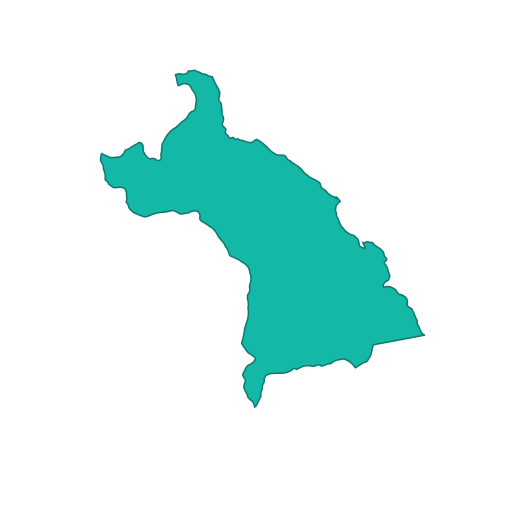 the district of Colón, Putumayo, Colombia, rotated 302°
{"feature_id": "7082276B98098551259160", "entity_name": "Colón", "entity_type": "district", "adm_level": 2, "iso_a3": "COL", "parent_name": "Colombia", "parent_adm1": "Putumayo", "projection": "mercator", "projection_center": [-76.958, 1.225], "detail": "fine", "context": "isolated", "style": "filled", "palette": "teal", "viewbox_px": 512, "rotation_deg": 302, "n_neighbors": 0, "source": "geoboundaries", "source_scale": "gbopen_adm2", "svg_char_len": 6115}
<svg xmlns="http://www.w3.org/2000/svg" viewBox="0 0 512 512"><g transform="rotate(302 256 256)"><path d="M127.2,335.0L128.8,335.5L139.7,334.5L140.4,334.0L140.9,333.6L142.5,332.6L143.1,332.4L145.3,332.1L149.8,330.1L150.8,329.9L153.4,329.7L154.4,329.2L156.6,327.8L158.5,327.9L159.9,327.7L160.4,327.9L161.6,328.9L163.0,329.8L165.0,331.8L166.3,334.1L168.1,336.4L170.6,340.6L173.1,343.4L176.8,346.2L178.8,347.0L179.3,347.0L180.7,347.8L181.1,348.4L181.3,349.2L181.3,350.4L181.7,350.9L183.6,351.8L186.3,353.6L188.3,355.2L189.7,356.8L191.5,359.9L192.5,362.6L193.1,363.5L195.2,365.1L197.0,367.0L197.4,368.3L197.3,369.7L197.8,370.6L198.9,371.3L202.2,373.9L204.2,376.2L205.8,377.0L206.8,377.3L208.8,378.4L210.3,379.5L214.7,384.3L215.5,385.8L215.8,387.7L216.0,391.5L215.4,395.0L215.3,396.1L214.2,398.4L213.9,399.6L222.5,403.6L222.8,403.8L223.7,404.8L225.5,406.0L230.0,406.0L233.3,405.8L240.7,403.1L243.0,402.7L278.5,441.2L278.1,440.1L278.5,437.2L279.4,435.6L282.7,431.1L284.4,427.4L285.6,427.7L287.0,426.4L288.0,424.6L292.0,419.0L292.8,417.5L293.8,416.0L293.7,411.8L294.4,410.1L295.8,409.6L297.1,409.0L298.9,407.3L299.7,406.3L300.3,404.6L300.4,401.9L300.3,400.4L300.1,399.3L299.5,398.0L299.4,396.9L300.1,394.9L301.1,393.1L301.4,390.9L301.3,388.2L300.9,385.7L299.6,383.3L297.1,380.9L298.8,379.2L301.2,379.2L302.9,379.4L303.5,379.7L304.6,380.7L305.5,381.0L308.4,380.7L309.7,380.1L311.0,378.9L313.1,376.3L316.0,373.2L316.7,371.8L317.6,369.3L317.9,368.8L318.3,368.3L318.8,368.1L319.4,368.2L320.9,368.8L321.6,368.9L322.1,368.8L322.6,368.5L323.1,367.8L323.8,365.5L324.1,364.8L326.4,362.5L327.1,361.2L328.0,357.4L328.1,350.6L328.2,349.9L329.1,348.2L329.1,347.3L328.0,345.6L327.3,343.4L326.5,342.2L324.2,340.8L324.0,339.5L322.0,342.4L321.6,343.3L320.8,344.3L320.3,344.6L319.9,343.6L319.2,340.1L319.2,339.2L320.1,337.5L321.5,336.6L323.3,334.8L324.4,332.9L325.3,328.2L324.7,325.9L324.4,324.9L324.2,323.8L324.4,320.0L324.6,318.7L325.3,316.2L326.1,313.8L326.3,312.7L328.1,309.8L331.2,305.6L331.7,304.3L332.3,303.4L335.2,301.2L336.6,299.3L337.2,298.9L337.8,298.8L338.9,298.2L341.2,297.3L341.7,297.3L344.9,297.6L346.8,298.6L347.6,296.9L348.0,295.7L348.5,294.2L348.5,292.8L347.4,293.4L347.6,292.7L347.4,290.5L347.0,288.5L347.0,286.5L347.4,283.0L348.2,281.2L348.5,277.0L348.5,275.3L349.7,274.0L350.4,272.9L351.3,272.2L351.9,270.9L351.9,265.3L351.6,263.5L351.3,259.0L351.7,257.5L351.8,254.1L354.0,247.2L354.1,246.0L354.3,244.0L354.4,236.3L354.9,234.9L354.6,233.1L354.7,231.4L355.3,230.4L355.6,229.4L356.3,228.5L356.2,226.1L355.5,225.3L354.9,223.8L353.8,222.1L353.2,221.1L352.7,219.5L352.7,218.2L352.7,213.8L354.5,206.1L355.2,201.8L355.5,196.7L355.2,194.8L354.4,194.2L353.1,193.5L351.8,193.2L350.5,192.6L349.6,191.8L348.1,188.7L347.8,187.0L347.1,184.9L346.9,183.6L346.5,182.3L345.7,181.2L345.9,179.4L345.8,178.8L345.5,178.2L344.8,177.5L343.9,176.4L343.9,175.5L344.5,174.3L344.5,173.8L342.6,172.2L342.3,171.3L342.2,170.6L343.3,168.1L343.5,166.6L343.9,165.1L344.5,164.4L346.2,163.9L347.7,163.0L348.1,162.0L348.5,159.6L348.8,158.8L349.3,158.0L350.0,157.5L353.4,156.6L355.1,155.9L356.2,154.9L358.5,151.9L361.9,149.7L363.7,148.1L366.4,146.2L367.3,144.6L367.9,142.6L368.3,141.8L369.7,141.1L372.2,140.3L375.3,138.8L377.2,136.4L381.7,128.5L384.8,124.2L384.2,123.9L384.2,122.1L383.5,120.5L383.5,118.3L383.4,117.3L382.9,115.9L382.0,114.0L381.9,110.5L381.7,109.8L381.2,109.2L381.2,106.7L381.1,105.8L380.3,104.7L377.5,101.7L377.2,101.1L377.1,100.6L374.8,100.6L373.6,100.3L372.4,99.1L371.0,97.2L370.0,94.7L369.2,93.4L367.1,91.6L364.7,94.3L361.6,97.1L359.7,99.1L359.4,99.7L359.7,100.3L363.8,103.1L364.6,104.5L365.5,107.0L365.7,108.8L365.1,110.5L363.3,113.5L361.9,117.0L360.8,118.9L358.9,121.0L356.9,122.6L350.3,125.6L349.3,126.3L347.9,126.6L346.6,126.3L345.2,125.7L344.4,124.9L343.1,124.4L341.8,124.0L337.2,124.1L335.1,123.9L329.9,121.9L328.3,121.4L326.6,121.3L324.6,120.4L323.3,120.2L321.8,119.6L320.3,118.7L316.9,117.4L310.7,116.5L301.4,117.1L297.9,118.6L296.1,119.7L294.0,120.8L292.1,121.3L290.6,122.5L288.8,123.7L287.4,124.0L286.0,123.6L285.0,122.2L284.5,120.6L285.0,119.0L284.5,117.6L283.7,116.2L282.2,114.6L281.9,112.6L282.4,110.3L283.1,108.5L285.1,104.8L289.7,101.8L290.8,99.7L290.9,97.9L289.8,96.3L288.1,95.7L285.5,94.1L279.4,91.3L276.6,89.1L274.8,89.2L273.0,89.5L268.5,88.5L267.1,87.1L262.7,81.2L262.2,79.6L261.8,77.5L261.8,76.3L261.3,73.6L261.1,72.1L261.1,71.0L260.7,70.8L260.0,71.0L257.2,72.1L255.1,73.2L253.8,74.7L252.1,78.0L251.3,78.8L248.9,80.6L246.3,83.8L244.2,85.8L242.4,86.5L240.6,88.0L240.1,91.2L239.0,92.8L238.7,94.4L238.5,98.6L238.6,99.2L239.6,100.8L242.0,103.8L242.9,105.6L243.4,106.9L243.6,108.1L243.6,109.0L243.4,109.7L241.1,112.5L238.2,114.5L236.3,116.1L235.4,116.5L233.1,117.2L232.7,117.7L232.3,119.1L231.8,120.1L229.8,122.5L229.1,123.6L228.7,125.0L228.0,128.5L228.4,132.3L229.6,139.1L230.1,140.6L230.6,141.4L231.8,142.7L233.3,143.9L235.9,145.7L239.0,148.3L240.3,149.6L241.9,151.3L245.5,156.1L250.3,161.1L250.9,162.5L251.2,164.1L251.4,169.2L252.8,171.4L254.1,172.7L255.3,174.3L257.3,176.3L259.9,177.7L262.4,181.1L262.8,182.4L262.7,184.0L262.1,185.5L260.7,187.1L258.8,188.0L257.7,188.8L257.0,189.5L256.6,192.1L256.8,195.0L256.8,198.2L256.5,200.7L256.7,204.0L255.6,207.7L254.9,209.6L253.8,211.8L252.5,213.8L251.5,216.7L250.4,220.3L249.4,222.9L247.8,225.1L247.2,226.9L246.1,228.9L244.7,230.8L242.9,232.8L242.5,234.0L242.6,235.6L243.0,237.3L243.7,243.2L243.5,246.4L243.6,250.3L243.1,253.3L241.9,256.2L240.0,258.4L238.3,260.0L236.0,262.5L235.0,263.2L232.4,264.8L230.8,265.3L229.0,265.7L227.3,266.3L223.3,269.1L221.4,269.5L219.6,269.5L217.8,269.8L215.2,271.4L213.8,273.0L210.0,275.8L208.3,276.4L206.6,277.6L205.1,278.9L201.4,281.0L197.7,282.5L189.0,284.7L184.2,286.8L180.2,288.3L174.9,289.9L173.9,290.8L172.5,293.7L170.3,298.9L169.8,301.0L169.7,306.7L169.4,308.2L168.9,309.3L168.1,310.0L166.8,310.2L164.8,310.1L163.1,309.3L161.9,308.9L160.2,308.0L159.4,307.4L157.9,306.8L156.0,306.7L148.7,307.5L147.4,308.5L145.4,312.6L144.5,313.2L142.5,313.6L139.0,314.7L137.5,316.0L136.2,317.8L134.0,321.6L133.3,322.6L132.4,323.4L131.7,324.5L131.2,326.7L130.7,330.4L129.7,332.1L127.2,335.0Z" fill="#14b8a6" stroke="#0f766e" stroke-width="1.5"/></g></svg>